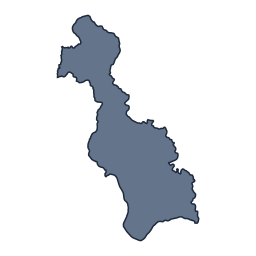 Cumbitara, Nariño, Colombia
{"feature_id": "7082276B90386853477374", "entity_name": "Cumbitara", "entity_type": "district", "adm_level": 2, "iso_a3": "COL", "parent_name": "Colombia", "parent_adm1": "Nariño", "projection": "natural_earth1", "projection_center": [-77.6, 1.741], "detail": "fine", "context": "isolated", "style": "filled", "palette": "slate", "viewbox_px": 256, "rotation_deg": 0, "n_neighbors": 0, "source": "geoboundaries", "source_scale": "gbopen_adm2", "svg_char_len": 5769}
<svg xmlns="http://www.w3.org/2000/svg" viewBox="0 0 256 256"><path d="M119.3,42.4L118.4,38.0L115.7,36.4L115.0,35.6L114.2,33.9L113.7,33.4L111.2,32.8L109.1,32.7L108.2,32.4L107.4,31.9L106.5,30.6L105.5,30.1L104.5,30.0L103.4,29.2L102.4,27.0L101.9,26.2L100.2,26.0L98.8,26.4L98.1,26.4L96.6,25.5L95.4,24.1L94.3,22.3L93.9,21.9L93.2,21.9L91.8,20.6L90.5,18.3L90.2,17.1L89.7,16.4L88.5,15.5L87.8,15.4L82.4,16.7L81.0,17.6L79.2,18.2L77.7,19.2L76.9,20.1L75.4,23.1L73.8,24.6L72.6,26.8L72.4,28.8L72.9,31.0L73.8,32.7L74.8,33.2L77.2,35.9L78.5,36.9L79.2,37.9L80.7,41.5L80.9,42.9L80.6,43.4L79.9,44.1L78.4,44.1L77.5,45.2L75.1,46.7L74.6,47.7L74.1,48.0L73.0,47.9L72.2,47.1L71.9,46.4L71.6,46.2L70.9,46.4L69.8,47.8L69.2,48.1L68.7,48.1L68.1,47.2L66.6,47.8L65.8,47.6L64.6,47.9L63.7,47.5L62.4,46.5L61.7,47.0L62.4,48.0L62.1,49.3L62.3,50.2L61.6,51.2L61.8,54.3L60.9,55.5L61.3,56.4L61.3,58.7L61.7,59.7L61.5,60.5L61.6,61.2L60.8,62.9L60.7,64.1L60.3,64.5L59.0,64.9L59.0,66.6L59.2,67.0L59.8,67.2L59.8,67.9L59.3,68.4L58.8,68.1L58.4,68.3L58.1,69.0L57.9,70.5L57.5,71.0L57.8,72.4L57.3,73.6L57.6,74.8L57.5,77.4L58.4,77.2L59.7,76.4L60.8,76.5L61.6,76.0L63.4,76.8L64.3,76.7L65.1,76.3L67.0,74.1L68.0,72.5L68.6,72.2L69.5,72.1L70.2,72.2L73.0,74.1L73.2,74.6L73.1,76.1L73.9,76.9L75.6,77.2L76.4,77.6L76.7,79.6L76.4,81.1L78.0,81.6L79.3,82.7L81.4,82.5L83.7,81.8L85.2,80.7L86.5,80.2L87.7,80.1L88.5,80.3L89.5,81.2L89.5,82.1L89.9,82.7L90.4,84.1L90.3,85.2L90.9,85.8L92.1,86.3L93.1,87.4L93.0,88.7L93.5,89.4L93.8,90.3L93.7,93.0L94.0,94.2L94.0,96.9L94.7,97.8L95.1,100.6L96.2,101.4L97.5,102.0L100.8,102.2L102.0,102.6L102.3,103.2L102.2,104.4L100.9,106.4L100.0,108.4L98.0,110.2L97.8,111.4L97.1,112.3L97.2,112.9L97.7,114.7L97.1,115.9L97.0,116.7L96.7,117.5L96.6,119.3L96.9,120.2L98.0,121.2L98.0,121.8L97.1,123.8L97.4,127.1L96.9,130.2L95.4,132.1L93.9,132.6L92.3,133.7L90.7,136.9L90.5,138.3L89.6,139.1L89.4,140.4L88.3,143.2L88.0,144.8L88.0,147.7L89.3,150.1L89.5,151.1L88.6,154.0L88.7,155.3L91.8,159.4L93.7,160.6L94.7,160.9L95.4,161.5L95.7,161.3L97.0,161.9L97.2,162.5L97.3,163.7L97.8,164.8L99.0,166.3L100.9,167.1L103.1,167.6L103.9,168.4L104.9,170.0L105.8,170.1L106.1,170.3L106.1,171.8L105.5,173.1L105.1,173.4L105.0,175.4L105.5,176.5L106.1,176.6L107.0,175.7L108.5,175.1L109.8,174.2L110.3,174.1L114.0,174.9L115.5,176.0L116.6,177.4L117.2,178.6L118.8,183.9L119.8,186.8L121.8,190.0L123.3,192.9L124.2,199.2L124.9,200.5L126.5,201.9L127.2,202.9L127.7,204.0L128.4,207.9L128.1,210.0L128.3,211.3L127.6,213.9L127.1,215.0L126.5,217.1L123.9,222.6L123.4,224.1L123.5,226.5L127.0,231.8L131.1,236.4L133.0,237.8L138.8,240.2L140.2,240.6L141.0,240.6L141.5,240.4L143.6,239.0L144.9,237.8L146.9,234.5L149.1,232.4L150.7,230.4L153.3,225.9L155.3,224.4L155.8,223.6L157.7,222.0L158.9,221.5L160.1,221.4L162.8,221.7L163.6,221.3L164.6,220.4L165.4,220.3L166.2,220.4L167.2,220.8L168.2,220.7L169.5,220.3L170.8,219.2L177.1,217.8L179.1,217.0L181.1,216.8L182.0,217.0L183.5,217.9L185.2,218.6L186.9,218.5L188.7,219.0L190.0,219.8L191.5,220.0L192.1,220.5L193.4,220.6L194.7,221.6L194.9,223.0L196.8,223.2L197.4,223.0L198.1,221.9L198.7,219.0L198.7,218.3L198.0,217.2L197.5,215.9L197.7,211.7L197.3,211.2L195.9,211.3L195.6,211.1L195.2,209.5L195.6,206.8L195.3,205.2L194.2,204.0L192.7,204.0L192.0,203.7L191.6,203.4L191.0,202.2L191.2,201.8L192.2,201.1L192.7,200.4L193.0,198.9L194.6,197.8L195.3,196.7L195.6,194.9L195.5,194.0L193.4,191.6L193.0,190.5L192.2,189.3L192.2,188.4L192.8,186.4L192.5,185.1L191.9,183.6L192.3,182.7L194.5,181.5L194.7,181.0L194.7,180.4L194.3,179.7L193.9,179.8L193.4,179.4L193.3,177.2L192.8,175.9L192.2,175.1L190.1,174.8L189.5,174.1L189.1,173.2L188.6,172.4L187.7,172.1L186.3,170.8L184.9,170.4L183.6,169.2L182.6,169.0L181.4,170.0L180.8,171.6L180.8,173.5L180.2,173.9L178.8,173.1L178.1,172.4L178.0,171.6L178.2,169.8L178.1,169.4L177.6,169.0L177.2,168.9L176.7,169.3L176.7,169.7L177.0,170.3L176.9,171.2L176.5,172.0L176.1,172.4L175.6,172.4L174.7,171.4L173.7,171.0L172.3,170.0L172.3,169.3L172.8,168.0L174.2,166.1L174.0,164.9L173.2,164.2L172.8,164.2L171.9,164.4L171.2,165.1L170.6,165.2L170.0,164.8L168.8,163.4L168.6,162.8L168.8,162.6L169.9,162.5L172.4,161.3L174.7,160.4L176.5,159.3L177.2,158.3L177.7,157.2L178.0,155.4L177.8,153.6L177.5,153.3L175.9,152.9L175.0,151.8L174.9,150.8L175.6,150.0L175.8,149.4L175.6,147.8L173.7,145.6L173.3,144.9L173.4,144.4L174.1,143.5L174.1,142.7L173.9,142.5L173.1,142.7L172.7,142.5L172.1,141.4L171.6,139.7L169.9,139.5L169.5,138.5L169.1,138.1L168.0,137.5L166.9,137.3L165.8,136.1L165.8,135.2L166.5,133.7L166.9,132.0L166.8,131.0L165.5,128.0L165.0,127.4L164.4,127.2L164.0,127.4L163.2,128.4L161.0,128.4L159.5,129.1L158.7,129.0L157.9,128.4L154.4,127.7L153.9,127.2L153.5,126.2L153.1,125.8L152.3,125.8L151.7,125.0L151.7,124.1L152.0,123.3L153.4,121.4L153.4,120.8L153.1,120.5L150.2,120.4L148.0,119.7L147.7,120.0L147.3,120.9L147.2,122.8L146.9,123.4L146.6,123.5L145.5,123.0L144.1,121.9L143.4,121.7L142.8,121.9L141.6,123.3L141.1,123.5L139.9,123.3L139.5,123.0L137.6,123.0L132.2,120.3L128.9,116.8L128.4,116.8L127.8,116.3L126.2,114.1L126.5,111.9L126.8,111.2L128.2,110.0L128.8,109.2L129.1,108.2L129.1,106.7L128.7,105.9L128.2,105.6L126.0,105.0L125.0,104.0L124.7,103.3L124.8,103.0L125.5,102.0L128.1,99.7L128.7,98.9L129.0,96.6L128.9,95.2L128.5,94.9L127.1,94.8L125.6,93.8L124.6,92.6L122.4,91.9L121.1,89.6L120.8,88.9L119.1,88.6L118.7,88.2L118.2,87.0L117.3,86.1L117.0,86.1L116.6,85.6L115.8,85.2L113.8,84.7L112.8,83.5L112.6,82.9L112.7,82.4L113.8,80.8L114.3,79.7L114.3,79.3L114.1,79.0L112.8,78.4L111.9,77.2L111.4,76.1L109.6,75.0L109.3,74.7L109.3,74.1L110.2,73.5L110.4,73.1L110.4,72.3L109.9,71.2L109.9,70.5L110.3,69.2L110.7,66.8L111.0,65.6L111.5,65.0L113.1,64.4L113.6,63.7L115.3,59.0L117.1,57.1L117.9,55.7L118.0,55.0L119.4,53.0L120.2,50.6L120.0,49.1L119.8,48.8L119.1,46.3L119.2,45.2L119.6,44.1L119.7,43.4L119.3,42.4Z" fill="#64748b" stroke="#1e293b" stroke-width="1.5"/></svg>